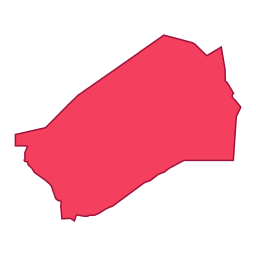 Agadez, Natural Earth projection
{"feature_id": "NER-800", "entity_name": "Agadez", "entity_type": "Department", "adm_level": 1, "iso_a3": "NER", "parent_name": "Niger", "parent_adm1": "", "projection": "natural_earth1", "projection_center": [10.912, 19.426], "detail": "fine", "context": "isolated", "style": "filled", "palette": "rose", "viewbox_px": 256, "rotation_deg": 0, "n_neighbors": 0, "source": "natural_earth", "source_scale": "10m", "svg_char_len": 3801}
<svg xmlns="http://www.w3.org/2000/svg" viewBox="0 0 256 256"><path d="M163.9,35.1L165.5,35.6L167.2,36.0L168.9,36.5L170.6,36.9L172.3,37.4L173.9,37.8L175.6,38.3L177.3,38.7L179.0,39.1L180.7,39.6L182.3,40.0L184.0,40.5L185.7,40.9L187.4,41.4L189.1,41.8L190.8,42.3L192.7,42.8L194.9,44.2L196.0,45.2L198.4,47.6L200.8,49.9L203.2,52.3L205.6,54.6L206.5,55.4L206.7,55.6L207.0,55.6L208.2,54.8L211.5,52.9L214.7,50.9L218.0,49.0L221.2,47.0L221.5,48.4L221.7,49.8L222.0,51.2L222.2,52.7L222.4,54.1L222.7,55.5L222.9,56.9L223.2,58.4L223.4,59.8L223.6,61.2L223.9,62.6L224.1,64.1L224.4,65.5L224.6,66.9L224.8,67.9L224.9,68.8L225.1,69.8L225.1,70.2L225.1,71.4L225.1,73.1L225.2,75.0L225.2,76.9L225.3,78.6L225.3,79.8L225.3,80.2L225.3,80.8L225.4,81.2L225.7,81.5L226.6,82.0L227.0,82.3L227.6,83.2L228.1,84.0L228.4,84.6L228.7,85.1L229.1,85.7L229.4,86.2L229.7,86.8L230.0,87.3L230.4,87.9L230.7,88.5L231.0,89.0L231.3,89.6L231.7,90.1L232.0,90.7L232.3,91.2L232.6,91.8L233.0,92.3L233.3,92.9L233.6,93.5L232.8,93.9L232.4,94.8L232.2,95.9L232.4,96.9L232.6,97.5L232.9,98.0L233.2,98.4L234.8,99.8L235.4,100.4L236.5,101.8L237.6,103.2L238.7,104.6L239.9,106.0L240.3,106.5L240.6,107.0L240.6,107.4L240.5,107.8L240.1,108.6L239.4,110.2L238.6,111.7L237.9,113.3L237.1,114.9L236.8,115.4L236.2,117.2L236.2,118.2L236.1,119.2L236.0,120.3L236.0,121.3L235.9,122.3L235.8,123.4L235.8,124.4L235.7,125.4L235.6,126.5L235.5,127.5L235.5,128.5L235.4,129.6L235.3,130.6L235.3,131.6L235.2,132.7L235.1,133.7L235.1,134.8L235.0,135.8L234.9,136.8L234.8,137.9L234.8,138.9L234.7,139.9L234.6,141.0L234.6,142.0L234.5,143.0L234.4,144.1L234.4,145.1L234.3,146.1L234.2,147.2L234.1,148.2L234.1,149.2L234.0,150.3L233.9,151.3L233.9,152.4L233.8,153.4L233.7,154.4L233.7,155.5L233.6,156.5L233.5,157.5L233.4,158.6L233.4,159.6L233.3,160.4L233.1,160.4L183.9,160.4L169.3,168.2L165.4,171.2L165.0,171.5L164.7,171.8L158.1,174.5L150.2,180.6L144.6,182.5L113.0,205.8L106.2,208.7L98.3,213.7L94.8,215.1L93.6,215.3L90.1,215.2L89.7,215.2L89.4,215.3L87.8,216.2L84.5,216.3L76.8,214.9L76.0,215.9L74.4,220.9L70.6,218.5L69.6,218.4L61.9,218.8L60.8,205.8L61.2,202.1L61.2,201.8L61.2,201.4L60.8,201.2L57.9,200.3L57.7,200.3L57.5,200.1L56.1,199.0L56.0,198.8L55.9,198.7L55.6,198.0L55.5,197.8L51.4,186.3L51.3,186.1L49.6,183.9L45.3,180.2L35.1,172.9L34.7,172.6L34.3,172.1L31.8,168.2L28.4,165.0L28.2,164.7L28.0,164.4L27.6,162.1L27.5,161.8L27.3,161.7L25.2,161.5L24.9,161.4L24.6,161.2L24.4,160.8L24.3,160.6L24.2,160.4L24.2,160.2L24.3,159.7L24.9,158.7L25.0,158.4L24.8,155.7L25.0,155.1L25.0,154.8L25.0,154.7L24.9,154.4L24.8,154.1L24.8,153.6L24.8,153.3L24.8,153.2L24.9,152.5L27.5,146.5L25.7,145.9L15.6,145.8L15.4,145.8L15.4,145.7L15.4,142.9L15.4,140.1L15.4,137.3L15.4,134.5L19.1,133.7L22.7,132.9L26.3,132.1L30.0,131.2L31.9,130.8L36.1,129.8L40.3,128.9L42.2,128.5L44.7,127.9L45.6,127.5L46.4,126.9L47.9,125.3L49.1,124.1L50.4,122.9L51.6,121.6L52.8,120.4L54.0,119.2L55.2,118.0L56.4,116.7L57.7,115.5L58.9,114.3L60.1,113.0L61.3,111.8L62.5,110.6L63.8,109.3L65.0,108.1L66.2,106.9L67.4,105.6L68.5,104.5L69.2,103.8L70.7,102.4L72.1,101.0L73.5,99.7L74.9,98.4L76.2,97.1L78.1,95.2L80.7,93.5L82.0,92.6L83.3,91.6L84.6,90.7L85.9,89.8L87.2,88.9L88.5,88.0L89.8,87.1L91.1,86.2L92.4,85.3L93.7,84.4L95.0,83.4L96.3,82.5L97.6,81.6L98.9,80.7L100.2,79.8L101.5,78.9L102.8,78.0L104.1,77.1L105.4,76.2L106.8,75.2L108.1,74.3L109.4,73.4L110.7,72.5L112.0,71.6L113.3,70.7L114.6,69.8L115.9,68.9L117.2,67.9L118.5,67.0L119.8,66.1L121.1,65.2L122.4,64.3L123.7,63.4L125.0,62.5L126.3,61.6L127.6,60.7L128.9,59.7L130.2,58.8L131.5,57.9L132.8,57.0L134.1,56.1L135.4,55.2L136.7,54.3L138.0,53.4L139.2,52.4L140.5,51.5L141.8,50.6L143.1,49.7L144.4,48.8L145.7,47.9L147.0,47.0L148.3,46.1L149.6,45.2L150.9,44.2L152.2,43.3L153.5,42.4L154.8,41.5L156.1,40.6L157.4,39.7L158.7,38.8L160.0,37.9L161.3,36.9L162.6,36.0L163.9,35.1Z" fill="#f43f5e" stroke="#9f1239" stroke-width="1.5"/></svg>